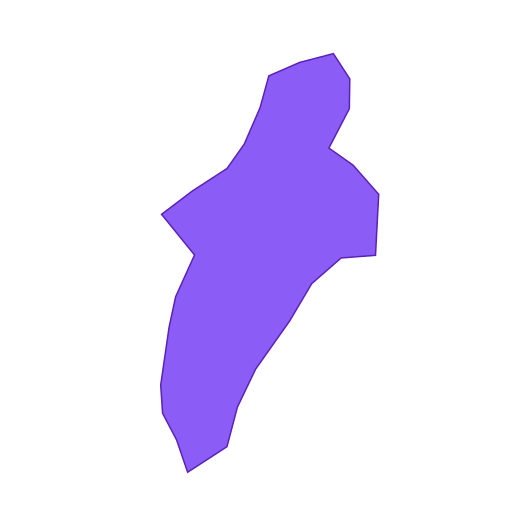 outline of Malounta, Nicosia, Cyprus, rotated 57°
{"feature_id": "46923920B69760563088960", "entity_name": "Malounta", "entity_type": "district", "adm_level": 2, "iso_a3": "CYP", "parent_name": "Cyprus", "parent_adm1": "Nicosia", "projection": "mercator", "projection_center": [33.179, 35.044], "detail": "fine", "context": "isolated", "style": "filled", "palette": "violet", "viewbox_px": 512, "rotation_deg": 57, "n_neighbors": 0, "source": "geoboundaries", "source_scale": "gbopen_adm2", "svg_char_len": 503}
<svg xmlns="http://www.w3.org/2000/svg" viewBox="0 0 512 512"><g transform="rotate(57 256 256)"><path d="M400.1,431.1L400.1,384.2L372.6,353.9L350.7,318.0L328.7,262.9L309.5,224.3L304.0,185.7L320.5,155.4L271.1,119.5L232.7,125.1L205.2,136.1L183.3,97.5L158.6,80.9L128.4,80.9L117.4,114.0L111.9,147.1L133.9,171.9L155.8,205.0L166.8,232.6L166.8,273.9L169.6,312.5L221.7,307.0L246.4,345.6L268.3,367.6L312.3,406.2L337.0,420.0L367.1,422.8L400.1,431.1Z" fill="#8b5cf6" stroke="#5b21b6" stroke-width="1.5"/></g></svg>